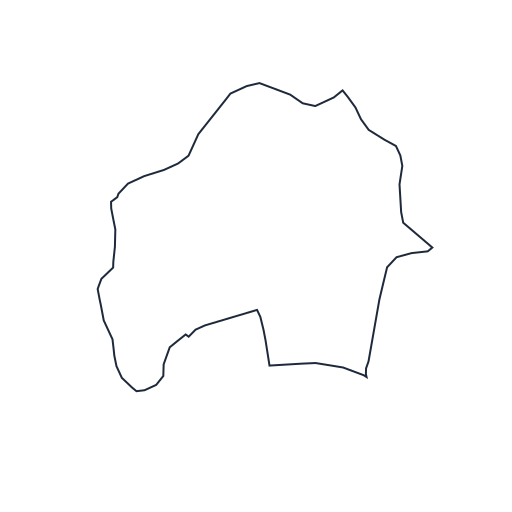 outline of Al-Qanayat, Ash Sharqiyah, Egypt, rotated 154°
{"feature_id": "37247803B43840027244949", "entity_name": "Al-Qanayat", "entity_type": "district", "adm_level": 2, "iso_a3": "EGY", "parent_name": "Egypt", "parent_adm1": "Ash Sharqiyah", "projection": "albers", "projection_center": [31.473, 30.634], "detail": "fine", "context": "isolated", "style": "outline", "palette": "slate", "viewbox_px": 512, "rotation_deg": 154, "n_neighbors": 0, "source": "geoboundaries", "source_scale": "gbopen_adm2", "svg_char_len": 1177}
<svg xmlns="http://www.w3.org/2000/svg" viewBox="0 0 512 512"><g transform="rotate(154 256 256)"><path d="M281.6,186.4L284.4,176.0L291.9,151.6L262.1,139.2L249.4,133.7L234.2,123.0L226.6,117.6L219.1,109.7L211.5,101.7L209.7,98.8L209.0,101.7L206.3,106.8L201.1,111.9L164.1,162.9L153.6,175.7L143.1,188.4L130.2,193.3L114.9,190.4L99.6,184.9L93.8,186.3L109.1,221.4L106.3,231.8L95.6,257.5L85.0,272.8L82.2,283.1L82.0,293.5L89.5,304.1L99.4,319.9L101.7,332.9L101.5,345.9L103.8,358.9L105.6,366.9L116.5,364.4L131.9,364.7L137.0,364.8L147.1,372.8L154.5,386.0L177.1,409.9L189.9,412.8L207.8,413.2L214.7,409.8L254.4,390.8L272.7,375.7L285.6,373.3L300.9,373.7L321.4,376.8L339.3,377.2L352.3,372.3L354.9,369.7L362.5,368.3L365.3,362.2L368.1,351.8L370.8,341.5L378.8,326.1L386.8,313.3L389.5,308.2L404.9,303.3L410.2,298.3L412.8,295.7L415.6,285.4L416.9,280.2L421.1,264.8L421.2,259.6L421.5,244.0L422.6,240.9L424.2,236.3L427.0,228.6L429.7,218.2L430.0,205.3L425.1,192.2L422.7,186.9L415.0,184.2L402.2,183.9L391.9,188.8L386.5,199.1L381.3,204.2L373.5,211.8L363.1,214.2L353.6,216.3L351.9,213.0L342.6,216.3L332.3,216.0L278.7,207.1L278.8,199.3L281.6,186.4Z" fill="none" stroke="#1e293b" stroke-width="2"/></g></svg>